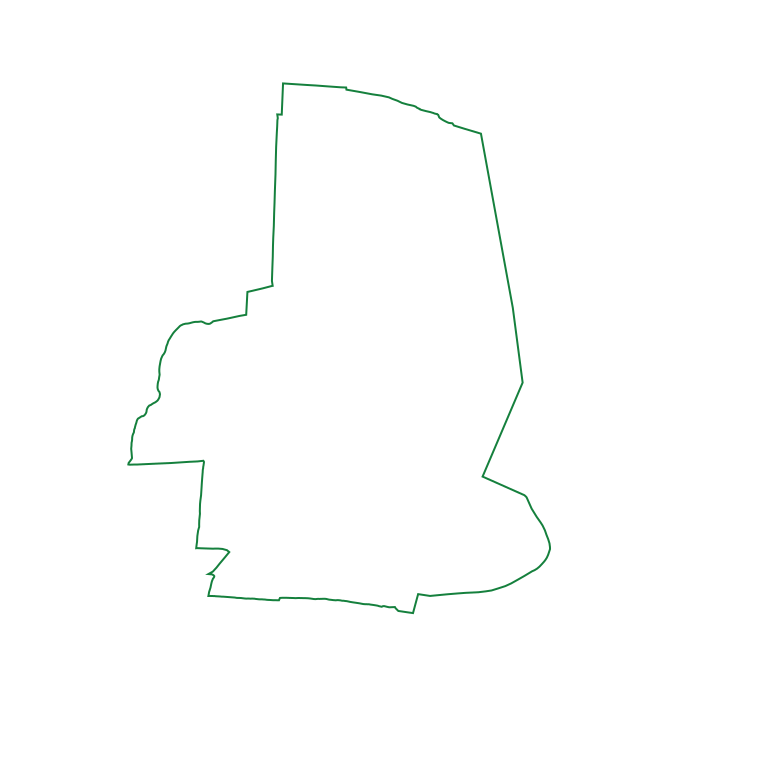 the district of Slatioara, Olt, Romania, rotated 26°
{"feature_id": "2599482B63215832934331", "entity_name": "Slatioara", "entity_type": "district", "adm_level": 2, "iso_a3": "ROU", "parent_name": "Romania", "parent_adm1": "Olt", "projection": "mercator", "projection_center": [24.319, 44.407], "detail": "fine", "context": "isolated", "style": "outline", "palette": "green", "viewbox_px": 768, "rotation_deg": 26, "n_neighbors": 0, "source": "geoboundaries", "source_scale": "gbopen_adm2", "svg_char_len": 5421}
<svg xmlns="http://www.w3.org/2000/svg" viewBox="0 0 768 768"><g transform="rotate(26 384 384)"><path d="M605.6,459.6L604.6,457.7L602.6,454.7L599.5,451.4L596.1,448.3L592.8,445.0L588.6,441.7L585.5,439.8L579.5,436.5L571.3,431.3L561.9,423.4L561.0,423.0L559.0,422.4L558.1,422.4L556.3,422.5L554.9,422.5L553.5,422.6L513.2,424.0L512.1,402.2L508.0,322.0L466.4,259.1L392.1,158.2L361.4,116.5L344.5,119.3L333.5,121.0L331.2,119.7L327.8,120.9L326.4,121.0L323.7,121.0L321.1,120.9L318.6,120.6L316.8,120.2L314.7,118.3L313.8,118.3L313.5,118.1L312.9,118.3L312.2,118.4L311.6,118.6L311.0,118.7L310.1,118.8L309.5,118.8L308.4,119.0L306.4,119.3L302.2,120.3L297.2,121.3L295.6,121.4L295.4,121.1L294.8,121.2L292.4,121.2L291.0,120.8L288.7,121.0L282.5,122.5L276.9,123.5L271.9,123.5L266.4,124.1L262.8,124.2L255.1,126.0L246.4,128.8L233.7,132.3L222.3,135.6L221.2,135.9L220.0,134.1L215.3,136.2L203.4,141.0L192.1,145.5L184.2,148.8L175.9,152.2L161.5,158.1L174.0,186.7L169.9,188.5L172.0,191.6L172.5,193.5L174.1,197.1L175.2,199.6L177.5,205.1L183.0,217.9L188.4,229.8L194.6,243.2L201.2,258.1L206.3,269.4L210.1,278.0L213.2,284.8L215.8,290.5L220.3,301.0L223.7,308.6L228.3,318.5L232.5,328.0L238.1,340.5L240.9,344.6L240.3,345.0L233.2,351.1L224.4,358.3L220.9,361.1L221.0,361.4L229.8,382.2L224.5,386.0L222.1,387.9L217.8,391.3L214.1,394.2L209.0,398.0L203.0,402.5L202.7,403.3L202.3,404.1L201.4,405.7L201.0,406.2L200.2,406.8L199.0,407.3L198.0,407.6L196.7,407.8L195.0,407.7L193.6,407.8L192.9,407.8L192.2,408.0L191.4,408.5L190.7,409.0L189.7,409.6L188.5,410.2L187.5,410.7L186.4,411.4L185.2,412.3L184.5,412.9L183.8,413.5L182.6,414.6L181.1,415.7L179.2,416.8L178.0,417.8L177.0,418.7L176.4,419.6L175.7,420.4L175.1,421.5L174.8,422.5L174.1,424.6L173.3,426.9L172.6,429.2L172.2,431.0L171.8,434.3L171.5,437.5L171.3,439.0L171.4,441.0L171.7,442.4L171.9,445.5L172.3,447.2L172.9,449.6L173.1,451.7L172.9,453.8L172.5,455.3L172.5,456.8L172.6,459.0L173.1,461.3L173.8,463.8L174.6,466.6L175.6,469.3L176.7,471.5L177.7,473.1L178.3,474.1L178.9,476.3L179.7,478.7L179.9,480.0L180.0,481.0L180.5,482.8L181.4,485.2L182.1,486.7L183.1,488.0L184.3,489.0L185.8,489.7L186.4,490.5L187.1,491.3L187.5,492.6L188.0,494.3L188.0,495.6L187.9,497.1L187.7,498.2L187.1,499.5L186.4,500.8L185.3,502.2L184.7,503.1L183.5,505.2L182.5,506.2L182.2,507.2L181.9,508.5L181.9,509.9L182.0,511.1L182.5,512.5L182.8,513.7L182.8,514.9L182.6,516.3L182.2,517.5L181.5,518.5L180.3,519.3L179.2,521.2L178.0,523.1L177.9,525.1L178.3,527.0L178.5,528.2L178.6,529.4L178.9,530.8L179.1,532.0L179.4,532.8L179.4,533.7L179.5,534.5L179.7,535.2L180.1,536.3L180.4,537.2L180.4,539.0L180.6,540.6L181.1,542.4L182.0,544.4L182.5,545.9L182.9,547.5L184.1,550.2L185.2,553.1L187.1,556.2L189.0,559.4L189.9,560.9L190.0,561.1L190.0,561.8L190.0,562.1L189.9,562.8L189.6,564.5L189.1,566.9L189.3,567.6L189.5,568.4L190.2,568.2L190.8,568.0L194.2,566.2L197.6,564.5L207.3,559.2L213.7,555.7L227.0,548.5L234.7,544.1L243.1,539.3L250.4,535.3L255.3,532.2L256.4,533.0L256.9,534.5L257.3,535.8L257.6,536.7L257.8,537.6L258.4,539.1L258.7,540.4L259.2,541.6L259.8,543.0L260.4,544.6L262.3,549.4L263.7,552.9L265.4,557.0L268.4,564.3L270.1,569.4L271.3,572.6L274.1,578.8L275.5,581.4L277.7,587.5L279.3,591.0L280.6,593.6L280.7,594.5L281.2,597.2L282.9,602.5L285.1,607.7L285.9,610.2L286.7,612.5L287.2,613.9L287.8,613.5L291.5,611.9L297.1,609.4L302.0,607.2L306.9,604.7L311.3,603.0L312.0,602.9L314.1,602.5L315.7,602.2L316.8,602.5L317.3,602.6L317.8,602.7L318.6,602.9L316.8,610.4L315.0,617.6L313.9,622.6L313.1,625.2L312.5,627.4L312.2,627.9L311.6,628.8L311.1,629.5L310.2,630.8L309.5,631.8L311.4,631.1L312.9,630.5L314.6,630.6L315.2,630.8L315.7,631.1L315.9,631.9L315.9,632.6L315.6,633.9L315.7,635.2L315.8,636.6L316.0,637.7L316.4,639.5L317.0,641.9L317.3,643.0L318.0,647.7L318.6,649.7L319.1,651.5L320.7,650.7L322.7,649.8L324.6,648.9L325.6,648.6L326.8,648.1L328.2,647.5L329.9,646.8L331.3,646.3L332.3,645.8L343.6,641.3L345.1,640.9L346.3,640.4L347.8,639.7L349.4,639.0L351.2,638.4L353.2,637.7L354.4,637.2L355.9,636.4L358.0,635.5L358.8,635.1L359.7,634.6L360.5,634.3L361.6,633.8L363.0,633.4L364.1,633.0L365.5,632.5L367.0,631.9L368.0,631.4L368.8,631.0L369.9,630.6L370.8,630.2L371.8,629.8L372.8,629.5L373.9,629.1L375.5,628.4L377.2,627.7L378.7,627.1L380.0,626.5L380.6,626.2L381.7,625.7L384.4,624.4L384.3,622.9L384.3,621.9L385.3,621.3L386.8,620.5L388.4,619.7L390.1,618.9L391.7,618.2L393.7,617.3L396.8,615.9L398.5,615.2L399.5,614.6L401.2,613.7L403.0,612.9L408.2,610.5L409.6,609.9L411.5,609.2L413.7,608.5L415.3,608.0L416.7,607.4L418.6,606.2L420.3,605.4L421.9,604.6L423.7,603.6L424.7,603.1L426.3,602.5L429.1,601.9L431.3,601.1L433.1,600.5L434.3,600.0L435.6,599.5L436.3,599.0L437.2,598.5L438.5,598.0L439.6,597.6L441.2,597.2L442.8,596.5L444.4,596.0L445.7,595.5L447.3,595.1L449.0,594.7L451.7,593.9L454.8,592.9L456.1,592.5L458.0,591.9L459.5,591.5L461.0,591.1L462.3,590.7L463.5,590.2L464.6,589.7L465.7,589.2L466.9,588.6L468.5,588.2L470.9,587.4L473.5,586.6L475.6,586.0L476.7,585.9L479.6,585.2L480.5,584.1L481.7,583.5L484.1,583.0L486.6,582.4L491.6,579.7L492.6,580.4L496.0,581.6L496.4,581.7L499.2,580.8L504.9,579.0L510.5,577.2L507.3,560.6L506.8,557.9L518.3,554.3L533.5,545.0L542.1,539.9L548.6,536.1L555.0,532.6L560.1,529.8L564.9,526.7L566.3,525.8L571.2,522.4L576.1,517.8L581.6,512.5L585.7,507.5L590.0,501.3L594.3,495.0L597.8,489.6L599.2,487.4L600.9,485.4L602.5,482.9L603.8,480.0L604.9,476.5L605.8,473.3L606.2,471.3L606.5,468.7L606.4,465.5L606.0,462.6L605.6,459.6Z" fill="none" stroke="#15803d" stroke-width="2"/></g></svg>